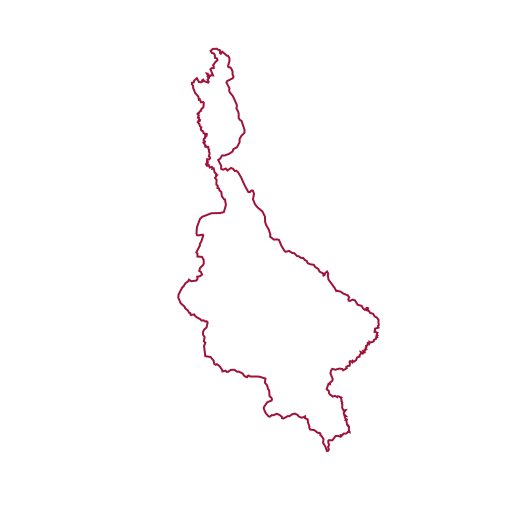 the district of Montecristo, Bolívar, Colombia, rotated 157°
{"feature_id": "7082276B84262983016086", "entity_name": "Montecristo", "entity_type": "district", "adm_level": 2, "iso_a3": "COL", "parent_name": "Colombia", "parent_adm1": "Bolívar", "projection": "albers", "projection_center": [-74.489, 7.93], "detail": "fine", "context": "isolated", "style": "outline", "palette": "rose", "viewbox_px": 512, "rotation_deg": 157, "n_neighbors": 0, "source": "geoboundaries", "source_scale": "gbopen_adm2", "svg_char_len": 6088}
<svg xmlns="http://www.w3.org/2000/svg" viewBox="0 0 512 512"><g transform="rotate(157 256 256)"><path d="M235.8,73.5L236.9,76.1L236.5,77.3L233.7,79.1L235.8,79.6L236.0,82.7L234.5,85.6L234.7,86.4L233.8,87.4L234.2,89.0L233.6,89.6L233.3,91.9L232.7,92.3L234.7,94.4L236.3,95.0L236.5,94.6L238.0,96.4L240.4,96.6L241.0,98.3L241.8,98.9L242.4,101.1L241.7,103.4L243.0,105.8L239.3,109.9L238.0,109.1L237.6,110.5L234.6,111.2L233.5,112.6L233.3,119.0L231.6,121.3L229.9,122.3L227.3,120.3L223.2,119.8L220.7,118.2L220.4,116.7L216.4,117.2L216.3,118.6L214.3,118.9L212.9,118.4L211.6,120.0L211.3,121.9L210.6,122.5L209.6,122.0L208.9,120.5L207.9,121.7L207.2,120.5L204.4,121.1L202.7,123.1L200.0,122.9L199.5,124.2L197.1,125.3L197.1,126.7L196.1,125.8L195.7,124.5L194.6,125.1L193.6,124.8L193.3,125.7L194.1,126.8L190.9,127.0L191.2,128.4L190.1,128.8L189.7,130.3L188.3,130.2L187.2,132.1L186.2,130.9L185.2,132.8L184.3,131.6L182.3,131.3L180.7,131.7L180.1,132.7L177.8,132.9L177.2,134.2L176.2,133.9L176.3,135.3L175.2,135.5L175.6,136.5L174.2,137.8L175.9,139.8L176.5,139.8L176.3,140.5L175.6,140.9L174.8,142.6L171.2,142.2L171.2,143.8L169.9,144.6L169.0,147.9L168.2,149.0L168.7,152.0L170.4,154.0L170.8,157.1L173.2,159.0L173.4,161.0L174.9,162.5L173.5,163.5L173.4,164.6L174.5,165.0L175.9,163.8L176.9,163.9L177.9,165.8L178.3,168.9L181.5,171.4L182.2,176.5L184.1,178.1L187.1,177.9L188.1,178.7L188.0,180.0L186.4,181.5L186.9,184.0L190.2,187.1L192.0,190.1L194.9,192.3L195.8,192.3L196.1,196.0L198.5,206.0L197.3,210.5L196.4,211.3L196.6,213.9L198.9,213.3L200.5,211.6L201.5,211.6L201.0,213.7L203.6,216.8L203.8,219.8L205.8,222.7L206.2,225.3L208.9,226.9L211.2,229.1L211.3,231.8L212.8,233.4L213.2,235.6L215.5,236.8L216.8,239.1L218.3,240.0L219.6,243.6L221.4,244.6L223.7,247.8L226.8,248.2L227.7,249.1L228.6,255.0L228.6,261.9L230.0,263.0L233.1,264.1L235.5,268.3L234.5,269.9L233.9,275.4L234.6,280.6L234.3,283.8L232.4,288.6L232.7,294.5L235.7,300.3L236.7,304.1L236.6,309.4L233.6,313.9L233.3,317.3L234.6,318.1L236.7,317.2L238.1,318.0L238.9,326.4L239.0,334.3L239.8,340.1L240.8,342.2L242.3,342.6L243.0,345.0L244.5,346.8L248.9,345.9L249.6,348.3L252.6,348.3L254.0,349.8L252.8,352.8L253.3,359.1L250.8,359.7L248.0,361.8L245.3,360.7L240.4,360.6L236.6,361.4L235.1,363.2L231.1,363.5L226.6,367.2L225.4,370.1L222.4,372.4L218.6,373.8L217.3,376.4L216.5,385.8L217.8,388.1L218.0,389.9L216.3,393.9L216.0,396.3L216.4,399.4L214.8,401.9L214.6,403.3L214.8,412.2L216.2,416.9L216.1,418.9L214.9,420.7L215.5,427.1L214.2,428.3L208.0,428.7L206.7,429.7L206.6,432.4L205.5,434.9L205.5,438.5L206.3,439.9L207.5,440.5L207.5,441.9L204.2,445.9L203.1,448.8L203.5,451.2L204.4,451.6L207.2,457.2L209.4,455.9L209.8,457.0L208.7,459.3L209.1,459.9L210.6,461.0L211.1,462.1L214.9,463.5L217.7,462.5L217.2,460.0L215.6,458.9L215.4,457.1L216.3,454.5L214.8,453.1L215.0,451.2L217.2,450.6L221.0,448.4L220.8,447.0L221.5,445.5L223.8,446.3L225.0,445.7L225.0,439.0L226.9,440.0L228.6,439.3L229.2,442.7L230.0,443.2L229.7,441.0L230.5,440.1L229.9,438.1L231.7,437.2L231.5,434.8L232.3,434.3L235.6,437.4L235.7,438.9L236.8,438.7L236.5,437.8L237.0,437.5L238.4,437.3L240.5,438.4L241.0,442.8L244.3,441.6L245.5,440.1L247.2,440.5L247.9,439.2L247.4,437.3L248.2,435.2L248.3,429.8L246.8,425.2L247.5,422.2L246.5,422.2L246.6,419.0L244.4,418.3L244.2,417.3L246.4,413.4L249.1,412.5L249.7,411.2L251.3,411.1L252.8,409.7L253.5,410.1L254.4,409.6L253.8,407.7L255.4,406.1L254.5,405.6L254.9,404.3L254.4,403.1L255.1,402.3L256.1,402.9L257.4,401.9L256.5,399.8L256.9,397.5L256.1,395.6L257.1,394.7L257.3,393.0L256.0,391.4L256.3,389.5L255.3,388.6L255.5,387.4L254.2,387.9L253.6,387.4L254.8,385.7L256.4,385.5L256.8,384.5L258.2,384.2L259.2,382.7L258.2,381.4L258.9,380.6L260.1,380.7L259.5,378.9L259.9,376.6L259.1,376.7L259.2,375.9L257.3,375.1L258.0,373.5L257.5,372.2L258.5,370.9L258.5,368.8L260.5,366.0L260.0,365.5L260.0,363.9L261.6,363.1L263.1,364.2L264.3,362.0L263.6,361.4L264.7,359.5L265.6,359.6L265.4,360.4L266.1,360.2L265.9,358.2L263.9,358.0L264.0,355.5L261.8,355.3L261.6,354.0L262.1,353.4L260.7,353.2L261.4,349.1L260.5,347.3L261.1,346.1L260.3,345.6L263.3,343.8L262.5,341.6L264.6,337.2L263.8,335.4L264.9,333.7L263.6,332.5L264.0,330.6L262.9,328.6L264.1,324.2L263.2,320.6L262.5,320.2L263.7,314.8L268.4,309.0L272.1,309.5L280.4,312.8L290.1,313.1L293.1,312.0L299.2,305.5L302.1,299.7L302.1,298.3L301.4,297.6L296.6,296.4L296.5,295.6L300.2,291.2L303.1,288.9L303.5,287.6L309.5,282.7L309.0,281.1L310.1,278.4L306.1,276.3L305.7,272.9L307.0,269.5L308.2,268.4L312.2,266.8L314.1,264.4L312.9,262.8L312.9,259.9L315.5,259.3L318.2,259.9L318.8,257.7L320.5,256.7L325.5,258.1L327.0,260.4L328.0,259.3L331.6,258.5L334.8,256.2L335.9,256.1L342.3,250.8L343.8,248.1L343.8,242.0L341.5,237.2L341.7,235.7L340.0,232.5L339.7,229.7L338.8,229.1L339.1,227.2L335.6,226.3L335.7,225.2L334.5,222.7L331.9,219.5L331.3,217.8L329.3,217.2L328.2,215.4L326.9,215.2L326.5,213.7L329.5,209.5L332.6,208.5L334.6,206.6L335.5,204.0L335.0,201.4L337.3,198.0L336.5,195.9L339.0,193.5L341.8,183.6L337.3,180.8L335.9,176.1L336.6,173.1L335.6,171.6L334.4,171.8L332.7,169.2L331.7,164.7L332.0,162.9L328.8,162.3L328.3,160.8L326.7,160.3L323.8,161.0L320.6,159.9L318.5,156.8L317.0,156.3L314.3,153.2L313.6,150.1L312.5,148.6L311.4,147.9L310.8,148.8L309.6,148.9L308.5,147.4L300.3,143.8L295.2,139.5L297.3,135.9L296.3,132.6L296.9,128.8L296.4,127.1L298.3,121.7L297.3,119.8L297.2,118.1L298.1,116.9L302.8,117.0L307.9,113.7L308.5,112.4L308.5,107.9L307.1,103.4L305.9,102.7L303.7,103.4L302.3,102.6L298.6,102.7L296.4,100.5L295.0,97.7L295.4,96.6L294.2,95.7L289.3,96.2L287.7,95.5L284.3,96.2L281.6,95.6L279.6,93.1L279.5,91.8L277.5,89.6L276.3,89.1L273.5,89.2L274.2,87.6L272.3,85.4L273.2,82.3L273.4,78.3L274.1,77.2L274.0,75.1L270.4,73.0L268.1,68.9L266.8,68.5L266.1,67.5L266.8,65.8L266.1,65.1L265.4,61.0L267.3,57.8L266.6,53.5L266.9,48.8L265.7,48.5L264.5,49.5L264.3,52.0L262.5,53.6L262.4,55.8L261.7,57.6L261.0,58.0L257.7,56.5L253.1,59.2L250.8,58.4L248.7,56.5L248.0,56.6L247.9,58.0L246.1,57.5L244.8,58.3L242.3,57.3L240.0,58.2L238.7,57.2L238.3,60.1L237.0,62.7L237.7,63.5L237.4,64.3L238.1,64.9L237.2,69.0L236.5,69.7L237.2,70.0L236.5,70.3L237.2,71.0L237.0,74.0L235.8,73.5Z" fill="none" stroke="#9f1239" stroke-width="2"/></g></svg>